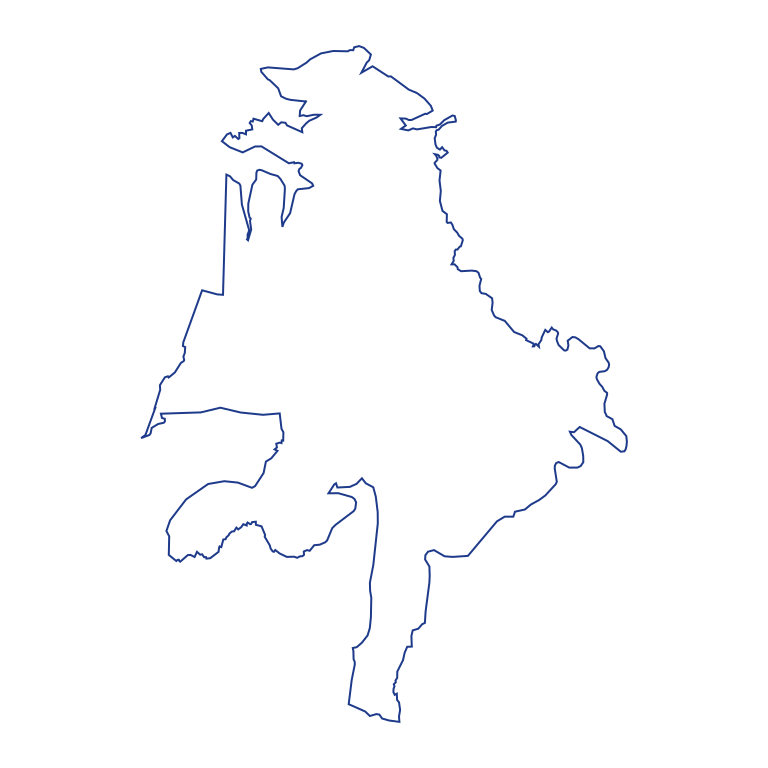 Tarandacuao, Guanajuato, Mexico
{"feature_id": "50627088B84371982021129", "entity_name": "Tarandacuao", "entity_type": "district", "adm_level": 2, "iso_a3": "MEX", "parent_name": "Mexico", "parent_adm1": "Guanajuato", "projection": "equal_earth", "projection_center": [-100.532, 19.999], "detail": "fine", "context": "isolated", "style": "outline", "palette": "blue", "viewbox_px": 768, "rotation_deg": 0, "n_neighbors": 0, "source": "geoboundaries", "source_scale": "gbopen_adm2", "svg_char_len": 6096}
<svg xmlns="http://www.w3.org/2000/svg" viewBox="0 0 768 768"><path d="M481.2,279.0L480.1,277.6L478.5,272.8L476.5,271.2L471.8,270.6L461.1,271.2L457.8,269.2L457.4,267.1L454.5,264.3L451.6,264.3L453.7,260.9L453.4,257.8L454.9,255.0L454.7,251.1L455.9,249.5L457.5,249.5L459.7,246.7L460.9,246.3L462.8,240.2L462.4,238.7L459.0,235.8L457.2,232.6L453.8,229.1L452.4,224.8L450.9,222.5L447.5,222.9L446.7,221.9L446.9,214.2L442.5,210.9L439.9,201.0L440.8,190.8L439.5,180.5L440.6,170.5L437.4,168.1L434.7,163.7L434.6,162.9L437.3,160.0L437.4,158.6L436.2,155.8L434.8,154.2L437.9,154.8L439.2,155.9L439.4,157.4L441.3,157.8L447.7,152.6L446.5,150.8L444.5,150.4L442.1,147.2L439.9,149.6L436.9,147.7L435.5,144.5L434.7,138.2L436.1,134.7L435.8,131.6L436.6,130.2L438.6,129.7L442.1,125.8L447.8,122.6L455.7,121.6L455.9,120.3L454.7,116.0L452.5,115.5L444.2,120.2L439.9,124.5L436.4,125.7L436.1,127.2L431.4,127.0L417.0,129.4L413.0,128.4L408.3,130.4L401.0,128.9L405.8,125.5L400.5,118.4L405.8,118.6L408.8,120.0L411.5,120.0L425.3,113.7L426.7,114.1L432.7,110.6L430.9,105.9L424.5,98.6L417.0,93.1L408.8,89.6L390.9,76.4L388.3,76.5L372.6,66.3L361.4,72.7L366.8,62.5L369.2,60.2L370.9,54.5L363.9,47.9L359.1,46.1L354.2,47.3L353.2,50.2L349.8,50.1L347.9,51.3L333.2,51.0L321.0,53.4L310.2,59.3L306.7,62.5L297.7,68.2L293.8,69.4L267.9,67.4L260.8,68.9L261.3,71.8L267.8,79.3L269.6,80.1L278.2,88.3L281.1,96.3L285.9,98.7L290.2,99.8L305.6,101.5L306.5,100.6L300.1,110.5L299.7,116.0L303.4,115.2L306.8,116.2L314.0,114.7L320.3,114.8L316.6,117.5L309.2,120.8L306.3,123.2L301.8,128.2L302.3,132.2L287.0,125.4L285.5,122.8L281.3,122.3L278.2,124.8L273.0,119.7L268.7,113.0L263.3,118.9L262.2,121.2L253.5,118.7L252.8,121.5L250.9,121.1L249.7,123.0L251.7,125.4L252.3,129.4L246.0,130.7L246.0,134.3L242.3,132.9L239.2,133.0L239.4,138.2L238.3,139.0L234.9,135.9L232.8,137.4L230.5,132.9L227.0,134.4L221.9,141.2L229.7,147.2L242.7,152.4L255.0,146.5L261.5,146.4L288.9,163.3L294.0,162.2L294.3,163.3L298.2,162.8L301.7,163.7L302.4,165.2L300.9,167.9L299.4,168.9L298.6,171.2L300.1,175.2L312.1,183.4L313.2,185.8L309.0,188.1L297.8,189.3L296.2,191.1L294.5,194.2L290.1,213.2L283.8,222.6L282.4,226.9L281.6,217.0L283.7,208.0L284.9,188.7L284.6,185.7L280.4,178.9L277.7,176.0L270.5,174.0L261.6,170.2L259.3,169.8L257.2,170.6L256.4,172.7L256.2,179.5L252.4,184.7L248.3,203.6L248.2,211.4L249.6,217.6L250.7,218.6L250.0,221.0L251.2,229.5L248.0,240.3L247.0,239.3L247.7,238.4L247.6,234.7L249.2,230.3L241.9,204.6L240.4,185.6L239.3,183.6L233.2,180.1L230.0,176.3L226.4,174.6L223.0,294.8L217.3,294.4L202.1,290.3L183.3,342.3L182.9,346.0L185.2,347.1L184.8,352.9L183.4,356.6L184.2,360.0L183.7,361.1L180.9,362.9L174.9,372.4L169.1,377.2L168.6,377.5L167.9,376.3L164.9,377.3L159.9,385.2L160.2,389.8L154.6,408.3L155.2,408.2L145.4,435.0L141.1,438.1L149.4,435.0L150.6,433.4L151.7,427.9L158.1,424.0L163.7,422.8L164.9,421.5L164.8,418.8L162.0,418.0L160.9,413.7L200.8,412.4L220.4,407.7L240.6,412.5L263.0,414.8L279.7,413.4L281.5,428.8L283.4,432.3L283.2,440.6L281.8,440.4L281.5,443.1L279.9,442.6L276.3,443.7L276.9,447.5L274.6,449.4L277.5,450.8L271.3,458.3L265.9,461.6L263.6,473.0L255.1,486.1L252.0,487.8L237.9,482.6L224.3,481.2L208.1,484.0L186.1,499.4L170.1,520.3L166.4,531.0L169.2,536.3L168.8,554.9L176.3,561.0L177.6,559.8L179.7,559.8L178.7,560.3L180.2,561.7L187.8,555.1L190.5,554.9L194.6,557.0L197.0,551.8L200.2,554.7L202.1,554.3L204.1,557.2L206.0,557.1L206.4,558.6L210.2,558.2L218.5,551.9L219.2,547.2L219.6,546.4L221.3,547.1L223.3,539.5L225.6,539.2L226.4,537.3L228.6,535.3L229.5,533.5L232.0,531.5L234.1,531.3L236.4,527.6L238.2,529.4L241.2,527.2L243.3,524.2L246.7,525.5L246.8,523.6L247.6,522.5L250.2,524.2L251.2,523.9L252.1,522.1L255.8,521.7L255.9,524.8L261.5,526.3L265.1,534.9L264.7,536.7L269.8,545.4L270.6,548.5L272.7,551.4L274.0,551.8L275.3,550.0L279.7,553.5L286.8,556.9L294.2,556.7L297.1,557.8L300.1,556.3L302.4,556.2L304.0,554.8L303.8,551.5L307.1,550.1L309.7,550.8L314.2,545.2L319.7,544.7L325.2,542.3L327.1,540.5L332.2,528.2L335.6,524.8L353.7,511.1L355.3,508.6L356.1,502.4L354.5,499.0L351.8,497.0L338.3,493.2L328.5,493.3L334.2,484.5L336.0,483.3L337.4,487.5L349.8,486.9L356.5,483.9L361.9,478.3L365.8,483.3L373.3,487.3L375.8,496.7L377.7,512.2L377.8,523.3L373.3,565.0L369.9,582.7L370.1,590.7L371.3,597.8L370.9,617.2L369.8,628.1L367.6,635.4L361.9,642.7L356.7,647.2L352.8,648.0L353.4,651.2L353.6,659.2L354.7,661.8L354.8,664.5L351.7,680.0L348.7,704.2L365.2,711.5L369.9,716.0L376.3,714.1L379.4,714.6L382.1,718.5L389.1,720.5L399.4,721.9L399.0,716.6L400.1,709.8L399.0,702.3L397.1,700.0L396.8,693.7L394.7,694.8L393.4,692.1L393.6,688.5L394.5,686.4L393.8,684.2L395.8,682.3L395.5,680.5L397.2,677.9L397.3,671.5L403.0,660.2L404.7,652.6L407.2,646.8L411.8,646.6L411.4,636.0L412.7,630.4L418.3,628.7L422.2,624.2L424.9,622.9L425.6,611.5L429.4,582.5L429.7,575.7L429.4,566.5L425.1,559.5L425.4,555.2L428.0,551.7L434.0,550.1L444.6,556.3L452.5,556.9L467.9,555.9L496.9,521.4L504.6,516.7L513.3,516.7L515.0,511.7L524.9,509.5L530.9,504.5L539.0,500.1L545.4,495.4L555.7,484.2L556.8,481.8L554.7,468.3L554.9,465.6L556.2,463.1L558.6,462.0L569.3,467.6L577.4,467.6L580.6,466.1L583.3,462.2L583.2,455.9L581.9,448.2L580.3,444.6L571.4,435.0L569.9,431.7L574.0,432.2L579.7,427.0L607.7,441.1L620.8,451.7L624.4,451.3L625.7,449.2L626.5,445.9L626.9,441.6L626.3,436.1L620.7,429.3L614.6,425.9L612.4,419.2L606.7,416.1L604.8,411.9L604.4,403.7L607.1,394.7L607.1,392.9L604.3,390.7L602.2,386.8L599.4,383.7L596.9,379.2L596.4,377.0L597.6,373.3L599.3,371.9L604.8,371.2L607.1,369.8L608.7,367.1L609.1,364.3L608.5,362.4L605.5,358.1L603.9,351.3L600.3,346.3L598.5,346.0L594.4,348.4L589.6,348.3L578.5,339.2L575.4,337.4L572.5,337.0L567.7,340.7L568.4,345.5L567.4,349.6L565.7,350.6L564.2,350.4L558.6,345.0L557.0,341.0L556.5,338.6L558.1,333.8L557.8,332.2L556.1,330.5L553.2,329.4L551.7,327.6L549.0,331.6L547.9,332.2L545.3,329.9L541.7,337.4L541.3,340.1L538.5,344.3L538.9,346.7L535.9,343.9L535.1,344.3L534.3,346.3L532.9,346.4L533.6,344.7L533.3,343.5L526.1,340.1L526.5,338.7L522.3,335.3L514.1,332.0L504.8,320.9L495.6,317.2L494.0,315.3L491.7,309.9L492.6,302.9L492.1,298.3L485.8,293.9L481.5,293.2L479.8,291.0L479.5,285.7L481.2,279.0Z" fill="none" stroke="#1e3a8a" stroke-width="2"/></svg>